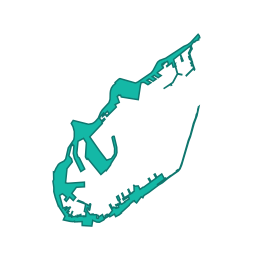 Port Alexandria Police Department, Al Iskandariyah, Egypt (Equal Earth projection), rotated 189°
{"feature_id": "37247803B3923529194747", "entity_name": "Port Alexandria Police Department", "entity_type": "district", "adm_level": 2, "iso_a3": "EGY", "parent_name": "Egypt", "parent_adm1": "Al Iskandariyah", "projection": "equal_earth", "projection_center": [29.857, 31.18], "detail": "fine", "context": "isolated", "style": "filled", "palette": "teal", "viewbox_px": 256, "rotation_deg": 189, "n_neighbors": 0, "source": "geoboundaries", "source_scale": "gbopen_adm2", "svg_char_len": 5719}
<svg xmlns="http://www.w3.org/2000/svg" viewBox="0 0 256 256"><g transform="rotate(189 128 128)"><path d="M194.7,73.0L193.3,65.4L193.8,63.7L191.9,57.5L191.3,53.5L188.9,48.0L184.6,40.0L184.2,40.2L183.9,39.4L176.4,31.1L177.5,27.1L170.5,26.7L167.7,26.9L166.3,27.5L166.1,26.9L158.7,28.4L158.0,24.5L148.4,25.5L148.4,31.3L144.0,30.2L141.4,30.5L137.6,33.4L137.0,34.3L137.1,34.7L132.6,38.5L132.0,37.5L128.0,40.8L126.3,38.5L123.0,41.0L121.3,42.9L121.6,43.2L114.7,51.9L114.6,52.6L112.5,55.4L111.7,55.8L111.6,56.6L110.3,57.2L110.0,56.5L107.8,55.3L104.2,62.1L102.4,61.4L102.0,62.7L102.2,63.0L101.5,64.0L97.5,67.5L88.8,76.5L85.4,79.3L80.9,84.4L71.6,93.4L70.2,95.8L69.2,100.0L66.0,124.5L65.0,129.1L63.4,142.9L61.8,150.9L61.3,160.3L61.8,159.7L61.6,159.0L61.9,158.2L62.0,156.5L61.8,156.1L62.1,153.2L62.6,152.3L62.8,148.9L64.1,142.9L65.3,130.7L66.5,125.2L69.3,102.7L70.5,96.3L71.8,93.9L72.3,94.5L73.4,93.5L72.9,92.9L77.5,88.3L78.8,87.4L88.0,77.7L89.6,76.3L90.1,76.9L82.9,84.2L83.1,84.5L84.5,84.0L87.5,87.9L91.7,83.7L94.1,86.9L94.9,86.2L92.4,82.9L96.7,78.6L99.2,81.7L100.0,81.0L97.4,77.9L103.2,72.0L103.9,71.9L106.5,69.3L108.8,72.4L112.0,71.6L113.8,72.7L113.1,71.9L112.0,66.5L113.8,64.9L113.6,64.6L115.0,63.4L117.8,67.6L118.4,67.1L115.7,62.8L120.7,58.5L123.4,62.8L124.0,62.3L121.3,58.0L122.1,57.3L121.3,56.1L116.7,60.0L115.7,58.2L119.8,54.7L119.5,54.2L122.5,51.7L123.0,51.8L125.4,55.4L124.6,56.0L127.0,59.7L128.5,58.2L126.4,54.9L125.9,55.1L123.9,52.1L124.6,51.3L125.1,51.6L125.1,50.6L125.8,51.0L125.6,50.0L126.1,50.0L127.1,51.5L126.5,50.1L127.9,50.1L128.6,50.8L128.0,49.9L125.6,49.8L124.8,48.1L126.6,47.1L127.1,48.1L127.5,47.9L127.2,47.1L127.5,46.9L127.9,47.7L129.4,47.1L129.7,47.6L130.8,46.5L133.4,49.9L134.3,49.0L130.6,44.1L132.5,40.5L134.7,38.6L135.2,39.5L136.9,38.0L136.3,37.1L137.9,35.7L139.7,38.5L143.0,35.6L144.3,37.5L143.1,35.6L143.1,34.4L143.5,33.9L144.9,34.2L145.3,37.5L148.9,36.9L149.2,38.3L149.1,37.0L150.6,37.1L150.9,36.5L152.0,36.7L155.2,39.5L155.9,41.0L155.7,42.8L154.1,42.8L154.2,41.1L153.4,40.7L153.0,41.1L152.9,46.8L153.2,47.2L154.0,46.9L154.0,45.1L155.5,45.3L155.7,45.9L159.7,47.0L160.0,47.5L165.7,48.8L166.4,47.9L157.9,46.2L158.1,38.8L156.6,38.3L156.2,37.8L155.9,34.0L157.1,33.7L157.1,34.3L158.0,34.2L157.9,33.6L158.3,33.5L158.5,34.0L160.8,33.6L161.1,35.2L161.6,35.0L161.4,33.5L162.8,33.2L163.0,34.1L163.9,33.9L163.8,32.5L164.0,32.5L164.5,34.5L164.6,32.3L165.8,32.7L165.8,32.4L168.2,31.9L169.6,31.4L169.7,31.0L170.3,31.0L169.9,31.1L169.4,32.5L169.9,32.8L170.2,31.8L170.8,31.9L169.6,36.7L169.9,36.8L171.2,31.9L172.1,32.0L172.4,31.6L172.8,31.9L172.3,33.3L175.2,35.2L174.5,36.5L173.5,35.9L173.2,36.3L174.2,37.0L172.5,40.6L172.9,40.9L175.5,39.2L176.9,37.0L177.6,37.5L175.6,40.1L176.2,40.6L179.6,38.6L185.0,50.7L182.5,52.8L179.4,51.1L178.0,50.2L179.5,47.4L177.5,45.9L174.8,50.7L170.7,47.8L168.7,51.3L173.3,54.6L169.7,61.4L161.8,63.1L162.6,67.7L179.1,63.9L181.1,64.1L181.9,78.3L177.7,85.8L178.9,88.6L182.1,91.4L181.3,100.1L182.2,101.5L182.0,102.0L180.8,100.6L181.9,102.1L181.6,102.6L180.4,101.0L181.2,102.3L181.4,103.1L180.1,101.3L181.3,103.2L180.6,103.5L178.6,101.8L178.1,94.3L176.2,89.7L167.8,77.6L164.3,80.7L171.4,90.8L173.1,91.8L174.6,95.2L175.3,107.1L170.3,110.8L166.8,106.8L165.5,92.8L164.2,91.0L163.4,90.6L162.9,91.5L147.5,77.8L143.5,82.7L142.8,82.3L139.5,88.6L139.1,90.6L135.5,98.9L135.1,102.1L136.1,107.2L140.3,117.5L140.6,117.7L141.9,117.1L142.3,116.1L138.0,105.7L137.3,100.1L139.6,95.2L144.1,92.9L152.3,100.7L164.4,113.3L154.1,128.4L154.7,129.0L152.1,133.0L153.0,133.8L155.0,130.8L157.9,133.4L154.5,139.0L153.4,138.1L154.8,136.1L154.8,135.5L152.7,137.9L150.7,136.1L150.0,136.9L150.5,137.3L150.8,136.9L152.9,138.7L151.1,141.3L149.0,139.4L150.0,138.0L149.5,137.7L142.8,146.9L144.4,149.1L140.6,151.9L143.6,157.5L141.7,159.8L142.2,159.1L142.0,158.7L140.5,159.3L139.5,157.6L122.3,157.6L122.4,172.4L122.1,174.9L119.3,175.6L115.1,173.9L112.4,176.4L116.7,178.1L114.8,179.9L110.6,178.1L107.9,180.7L112.1,182.5L110.3,184.2L106.1,182.4L103.4,185.0L107.6,186.8L107.8,187.3L102.5,193.0L103.6,195.0L103.5,194.0L104.2,194.8L104.4,196.2L103.6,196.2L103.8,196.7L103.3,197.0L103.0,196.4L102.7,196.6L103.2,197.5L102.6,197.9L102.2,197.4L102.4,198.0L102.1,198.4L101.8,198.0L99.9,199.9L99.4,200.0L97.9,197.2L99.6,195.4L99.1,194.7L94.8,199.3L92.6,194.6L92.7,195.2L90.9,196.2L87.7,189.2L91.0,179.9L99.0,172.4L92.7,177.9L92.1,176.9L91.7,177.2L92.6,178.2L90.8,179.8L87.5,189.1L83.3,188.9L83.3,189.3L87.5,189.5L90.6,196.2L90.3,196.4L91.1,197.3L90.8,197.5L91.0,197.9L91.3,197.6L91.6,198.4L91.4,199.0L91.8,198.8L93.7,202.9L88.1,209.1L86.3,205.5L86.6,205.2L85.2,202.3L84.1,203.0L87.9,209.3L79.5,218.6L78.5,216.4L79.9,211.5L78.2,208.7L79.2,208.0L79.1,207.8L78.1,208.4L77.7,207.5L78.6,206.9L78.2,206.5L78.3,206.9L77.6,207.4L77.1,206.5L78.1,205.8L77.9,205.5L77.0,206.2L75.3,202.7L76.3,202.0L76.1,201.7L75.1,202.4L74.7,201.5L75.5,200.7L74.6,201.3L74.1,200.5L75.1,199.8L75.0,199.5L74.0,200.2L72.5,197.5L78.8,189.0L78.5,188.7L72.4,197.1L72.1,196.0L71.5,195.7L71.3,196.5L74.1,201.5L74.7,203.2L74.9,203.0L76.1,206.1L76.4,206.1L78.7,211.1L77.9,214.4L77.0,216.2L78.5,219.0L78.0,220.8L76.4,223.7L75.6,223.3L74.8,224.6L71.9,226.2L72.4,227.1L72.1,227.8L71.2,228.4L72.1,230.3L73.4,231.5L79.6,222.2L82.1,219.6L85.7,217.3L101.7,202.8L107.3,199.7L108.9,197.9L109.5,196.6L112.3,188.5L113.9,185.9L125.6,174.9L127.7,173.6L143.2,175.5L144.1,175.4L145.2,174.3L147.9,170.9L147.3,170.1L149.5,167.4L150.7,164.7L151.1,161.9L151.0,159.6L150.2,153.6L150.8,150.0L156.2,141.9L157.5,139.0L158.9,133.1L161.3,129.3L162.7,127.8L164.0,126.8L167.6,125.5L183.3,126.9L184.8,123.7L182.5,120.7L180.5,116.2L179.7,111.0L179.7,108.0L183.9,99.0L184.7,87.6L186.1,85.3L189.8,82.6L191.1,81.1L192.8,76.9L193.9,72.8L194.7,73.0Z" fill="#14b8a6" stroke="#0f766e" stroke-width="1.5"/></g></svg>